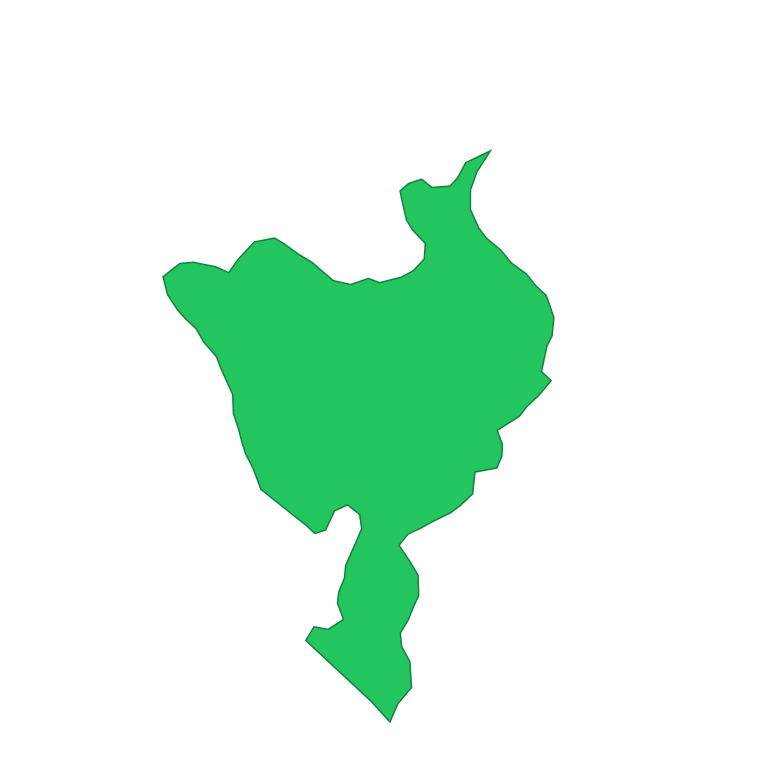 the district of Myrtou, Cyprus, rotated 223°
{"feature_id": "46923920B74910454629938", "entity_name": "Myrtou", "entity_type": "district", "adm_level": 2, "iso_a3": "CYP", "parent_name": "Cyprus", "parent_adm1": "", "projection": "orthographic", "projection_center": [33.074, 35.32], "detail": "fine", "context": "isolated", "style": "filled", "palette": "green", "viewbox_px": 768, "rotation_deg": 223, "n_neighbors": 0, "source": "geoboundaries", "source_scale": "gbopen_adm2", "svg_char_len": 1479}
<svg xmlns="http://www.w3.org/2000/svg" viewBox="0 0 768 768"><g transform="rotate(223 384 384)"><path d="M325.9,559.4L340.3,559.4L354.7,561.6L373.5,559.4L390.1,561.6L408.8,560.5L421.0,562.7L439.8,570.5L453.1,584.9L460.8,602.7L465.2,627.1L475.2,601.6L470.8,584.9L470.7,573.8L482.9,560.5L496.2,559.4L502.8,547.2L503.9,536.1L492.8,528.3L479.6,519.4L468.5,516.1L449.7,515.0L439.8,502.8L439.8,487.2L444.2,473.9L456.4,455.0L467.4,450.6L476.3,433.9L491.7,425.0L519.4,423.9L534.8,420.6L552.5,418.4L563.6,416.1L575.7,399.5L575.7,376.2L573.5,359.5L586.7,355.1L606.6,342.9L615.5,332.9L618.8,311.8L603.3,301.8L585.6,297.4L573.5,296.3L559.1,296.3L544.7,291.8L524.9,289.6L513.8,284.1L487.3,273.0L474.0,259.7L459.7,251.9L447.5,244.1L437.6,238.6L422.1,233.0L402.2,223.0L372.4,225.3L344.8,227.5L332.6,227.5L327.1,237.5L333.7,257.4L328.2,270.8L312.7,271.9L301.7,263.0L297.2,250.8L288.4,225.3L280.7,215.3L275.1,200.8L268.5,192.0L253.1,184.2L257.5,166.4L269.6,158.7L266.3,143.1L248.6,143.1L225.4,143.1L208.9,143.1L190.1,143.1L176.8,143.1L149.2,140.9L155.8,159.8L156.9,180.8L175.7,198.6L192.3,204.2L202.2,213.0L205.5,228.6L210.0,239.7L214.4,253.0L228.7,267.4L244.2,271.9L263.0,276.3L264.1,290.7L258.6,304.1L255.2,315.1L247.5,335.1L245.3,347.3L244.2,364.0L257.4,381.7L244.2,399.5L248.6,411.7L256.3,420.6L269.6,427.3L263.0,452.8L264.1,465.0L263.0,481.7L264.1,500.5L277.3,500.5L290.6,522.7L293.9,533.8L304.9,548.3L314.9,553.8L325.9,559.4Z" fill="#22c55e" stroke="#15803d" stroke-width="1.5"/></g></svg>